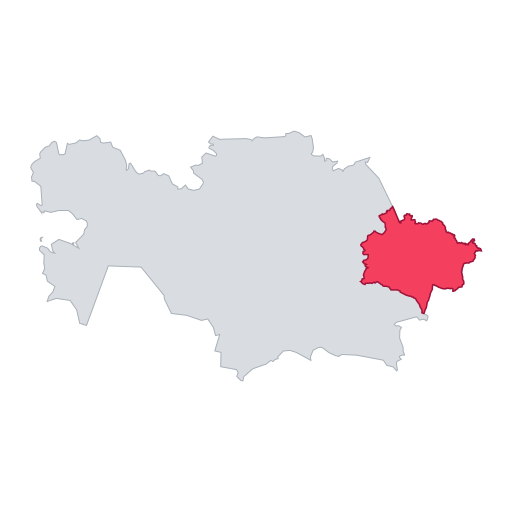 Kazakhstan, with East Kazakhstan highlighted
{"feature_id": "KAZ-3206", "entity_name": "East Kazakhstan", "entity_type": "Region", "adm_level": 1, "iso_a3": "KAZ", "parent_name": "Kazakhstan", "parent_adm1": "", "projection": "albers", "projection_center": [82.81, 48.617], "detail": "fine", "context": "in_parent", "style": "filled", "palette": "rose", "viewbox_px": 512, "rotation_deg": 0, "n_neighbors": 0, "source": "natural_earth", "source_scale": "10m", "svg_char_len": 9659}
<svg xmlns="http://www.w3.org/2000/svg" viewBox="0 0 512 512"><path d="M278.2,358.6L275.0,359.5L273.0,361.5L270.9,360.4L266.1,364.1L252.9,368.7L243.8,376.6L242.9,380.9L240.8,380.5L236.7,376.4L238.2,372.9L236.5,369.6L220.7,366.7L221.0,352.4L214.8,350.9L219.7,334.5L215.6,335.6L213.4,327.5L207.8,319.0L201.5,320.4L186.7,315.3L171.4,313.5L164.6,299.5L163.9,295.2L141.1,267.1L108.3,265.9L86.5,325.4L79.7,323.3L76.7,309.9L70.2,300.5L56.3,298.4L47.1,301.5L48.9,296.2L52.9,291.8L54.9,286.4L47.4,281.2L46.1,275.2L42.5,273.4L44.7,268.5L43.8,263.1L44.2,254.9L39.5,250.3L39.6,247.8L41.0,246.1L42.5,246.0L47.6,248.2L50.3,251.8L54.7,253.2L52.6,250.6L51.4,244.3L58.9,239.4L70.5,243.5L78.8,248.3L75.6,242.5L83.7,234.2L84.7,229.4L87.2,226.7L87.3,223.3L86.3,221.0L81.8,218.5L76.9,219.5L72.6,213.9L68.5,210.5L58.7,210.5L50.9,212.4L44.5,210.9L43.9,212.7L43.2,211.9L42.0,212.3L41.9,213.2L36.9,206.4L36.5,204.6L37.2,203.3L40.9,205.6L42.2,204.9L40.8,186.3L34.4,181.3L32.0,181.3L31.5,177.1L33.4,172.5L30.7,167.7L31.5,164.9L34.2,161.8L40.3,158.2L39.7,153.7L40.9,151.7L45.4,147.1L49.1,146.1L52.0,142.3L54.7,141.2L56.5,142.6L58.8,153.7L59.6,154.6L63.6,154.7L65.1,153.7L67.4,143.3L69.1,144.4L76.1,142.9L79.5,140.0L83.0,140.8L89.2,140.0L96.8,135.7L99.9,138.6L100.5,142.1L103.2,143.1L110.7,142.1L112.7,147.2L120.3,150.3L125.6,160.6L126.8,166.0L126.1,169.3L126.6,170.4L128.4,168.8L129.1,163.8L130.5,163.1L135.7,171.5L138.5,174.1L143.1,173.3L144.8,171.6L149.4,170.0L150.5,171.1L155.0,171.1L158.4,175.6L160.8,175.7L163.6,173.6L168.8,175.9L172.3,183.8L177.8,186.9L177.9,189.2L181.4,188.7L185.4,185.0L188.3,189.0L193.9,190.4L199.4,189.0L203.2,183.5L203.3,181.8L201.9,179.3L193.6,173.1L193.4,170.8L190.6,167.1L195.6,165.1L198.2,165.4L202.4,163.3L201.8,157.1L206.0,153.0L215.2,156.1L216.6,155.4L216.4,153.5L213.4,150.5L209.1,148.2L208.9,147.3L210.1,145.6L213.5,145.2L213.2,144.1L210.8,144.0L208.5,142.0L212.9,136.2L219.4,139.3L246.2,138.6L250.9,139.5L252.2,140.8L254.4,138.2L257.2,136.9L264.6,137.9L284.7,136.6L285.8,135.5L285.8,133.6L289.0,133.4L294.0,131.1L299.0,132.6L305.1,137.0L311.0,135.5L312.2,138.8L313.5,148.2L312.6,152.1L311.3,153.7L311.6,154.6L313.9,155.9L320.7,156.1L322.9,154.3L324.4,158.0L324.6,161.2L326.1,160.5L326.1,158.8L326.8,158.2L329.7,159.0L332.6,162.0L337.6,161.1L337.0,163.0L332.8,166.4L332.3,168.2L333.3,170.9L338.3,168.5L341.8,169.7L343.0,171.4L344.4,168.8L348.6,166.1L352.7,165.4L354.4,164.2L355.2,162.2L369.9,157.4L367.6,162.4L365.3,162.1L365.7,164.3L378.9,178.3L394.2,209.9L399.3,222.5L404.2,219.7L404.6,215.6L407.8,213.8L412.0,215.7L411.3,219.5L414.7,219.8L415.5,223.5L426.7,223.9L429.7,221.0L436.2,219.3L442.6,223.0L446.9,232.2L454.4,235.1L454.6,238.0L457.3,242.7L468.0,244.3L473.3,239.2L474.0,240.6L473.0,243.0L475.1,244.2L477.4,247.5L480.1,248.6L481.3,250.8L475.5,251.7L474.7,253.7L474.8,257.9L473.0,260.9L463.9,263.8L461.7,272.0L463.6,283.4L461.7,286.7L458.8,287.3L453.6,291.0L452.1,288.6L444.4,288.8L432.8,285.2L424.2,312.7L424.3,314.0L427.8,315.6L427.9,317.9L426.7,320.8L423.6,319.2L419.6,320.1L416.6,316.8L396.5,322.3L394.2,324.3L395.6,325.8L398.8,325.8L401.5,327.5L399.9,330.2L399.6,338.1L403.1,347.4L403.2,351.8L404.6,354.4L404.1,355.4L402.4,354.9L399.5,356.3L399.4,357.4L401.3,359.2L396.9,361.5L396.4,363.4L397.4,370.1L396.7,370.9L393.1,366.9L386.9,365.4L383.3,360.2L356.3,355.1L341.7,354.5L338.9,356.4L335.6,355.7L328.9,352.6L321.7,347.2L318.3,347.6L313.0,350.3L310.4,357.1L310.9,360.4L296.3,352.4L289.9,350.4L283.4,351.0L277.7,356.9L278.2,358.6ZM41.6,241.2L40.5,241.2L40.1,239.0L41.2,237.4L42.4,237.3L40.7,239.0L41.6,241.2ZM73.5,244.6L72.6,244.0L72.4,243.0L73.9,242.8L73.5,244.6Z" fill="#d9dde1" stroke="#a8b0b8" stroke-width="1"/><path d="M481.3,250.8L478.9,250.2L477.3,250.9L476.3,250.7L476.0,250.7L475.8,251.0L475.6,251.6L475.4,251.9L474.8,252.5L474.5,253.2L474.5,253.4L474.6,254.2L474.9,254.7L475.3,255.1L475.5,255.4L474.9,256.4L475.1,257.5L475.1,257.8L474.3,259.0L473.6,259.8L473.2,260.9L473.0,261.1L471.7,261.7L470.6,261.7L470.3,261.8L469.6,262.6L469.0,263.0L466.9,262.9L464.3,263.4L463.9,263.7L463.6,264.2L462.2,268.1L462.0,270.0L461.9,270.6L461.6,271.5L461.5,271.9L462.7,277.0L462.7,277.6L462.5,278.7L462.6,279.3L462.8,279.8L463.7,281.1L463.8,281.5L463.7,282.1L463.8,282.7L463.9,283.0L463.7,284.2L463.5,284.4L463.0,284.4L462.5,284.7L462.4,285.0L462.3,285.6L462.1,286.1L461.9,286.9L461.1,286.9L459.6,287.2L458.9,287.2L458.7,287.2L458.3,287.6L458.0,288.1L457.8,288.4L457.0,289.0L456.6,289.4L455.8,289.7L455.6,289.9L455.4,290.5L455.1,290.6L454.2,290.9L453.4,291.2L453.0,291.3L452.8,291.2L452.7,291.0L453.1,290.1L453.1,289.5L452.9,289.0L452.5,288.6L452.1,288.4L451.5,288.4L450.4,288.7L449.9,288.6L449.2,288.3L447.4,288.2L446.1,288.4L445.4,288.8L445.1,288.9L444.2,288.7L443.1,288.8L438.6,287.2L436.6,285.9L436.1,285.6L435.0,285.4L434.2,284.7L433.9,284.6L433.3,284.6L432.7,284.8L432.6,285.0L432.6,285.7L432.4,286.5L432.5,287.0L432.3,288.2L432.4,288.8L432.3,289.4L430.5,293.0L429.5,297.2L429.0,298.2L428.8,299.4L428.6,300.0L427.8,301.3L427.3,302.3L427.0,303.4L426.7,305.8L426.3,307.4L426.2,307.9L425.8,308.7L424.9,310.3L424.5,312.0L424.1,312.9L424.0,313.4L423.7,313.5L421.9,312.8L422.1,311.0L421.5,309.0L420.3,307.3L419.4,304.5L416.3,300.2L415.8,298.8L413.6,297.8L413.5,297.3L413.1,297.0L411.8,297.0L411.4,296.6L410.7,296.1L409.3,296.1L406.1,295.1L401.0,292.5L400.1,291.9L400.1,291.1L397.2,289.9L391.0,289.9L388.9,286.9L385.9,286.2L384.7,286.3L383.0,286.0L382.3,284.8L381.2,284.5L380.3,283.6L377.1,281.6L375.0,283.0L374.3,282.2L373.2,282.6L372.0,283.4L369.7,282.9L368.8,283.3L365.7,283.2L365.0,284.5L362.6,283.6L361.2,281.9L360.6,281.5L361.2,281.2L361.7,280.6L362.0,279.6L362.1,279.0L364.2,278.5L363.9,276.4L363.7,275.5L363.4,275.1L364.8,271.1L365.7,269.9L366.2,268.4L367.9,267.7L366.5,267.0L365.2,266.1L365.1,264.8L366.2,264.4L365.2,263.9L364.1,263.7L363.8,263.0L363.0,262.4L362.7,261.9L363.3,261.5L363.5,260.7L363.9,260.2L365.2,260.2L366.7,259.4L367.8,258.3L368.0,257.4L368.2,256.5L368.2,254.7L366.4,254.5L363.8,254.6L362.9,253.6L363.1,251.5L364.2,251.1L365.0,250.4L363.5,248.9L363.5,248.2L362.5,246.9L361.3,246.1L360.7,244.9L362.4,242.6L364.8,241.8L367.1,240.3L367.5,238.5L367.6,237.6L367.6,236.3L367.7,235.9L368.3,235.4L369.3,235.2L370.6,234.6L373.3,232.4L374.0,231.1L375.0,231.1L376.3,232.4L378.7,233.5L382.1,234.6L384.4,232.5L385.5,230.8L386.2,229.3L385.7,227.6L385.2,227.2L385.3,225.5L385.1,223.1L382.3,221.1L381.3,219.8L381.0,219.8L380.8,219.7L380.5,218.7L380.4,218.5L380.1,218.3L380.1,217.6L379.9,217.4L379.4,217.1L379.5,216.8L379.2,216.3L379.1,216.0L379.4,215.9L379.5,215.7L380.1,215.2L380.5,215.3L381.7,214.6L382.0,214.1L382.5,213.9L382.8,214.4L383.4,214.3L386.4,212.9L386.9,212.4L387.1,211.7L386.6,211.5L387.1,210.5L388.6,210.4L389.0,210.6L389.6,210.2L390.1,209.7L390.4,208.9L390.4,208.5L391.9,207.9L392.4,206.5L392.6,206.4L394.2,209.9L398.7,220.7L399.1,221.9L399.7,222.7L400.1,222.9L400.4,222.9L399.8,221.9L399.7,221.4L400.1,221.2L400.2,221.3L400.6,221.7L400.8,221.9L401.1,221.8L401.2,221.7L401.4,221.1L401.5,220.8L402.1,220.6L402.5,220.2L403.1,220.2L403.5,220.1L404.0,219.9L404.4,219.5L404.6,218.9L404.7,218.0L404.6,217.5L404.1,217.0L404.1,216.4L404.2,215.9L404.3,215.5L404.5,215.3L404.6,215.2L405.8,215.3L406.2,215.2L406.4,214.8L406.4,214.5L406.6,214.0L407.0,213.7L408.6,214.4L408.9,214.5L409.3,214.0L409.6,214.0L409.7,214.3L409.7,214.9L409.8,215.2L409.9,215.4L410.8,215.9L411.3,216.0L411.8,215.6L412.0,215.6L412.2,215.8L412.3,216.0L412.2,216.6L411.4,218.4L411.0,219.7L411.1,219.9L411.6,220.1L412.2,220.1L413.5,219.7L414.8,219.7L414.8,220.4L415.0,220.9L415.5,221.9L415.1,222.7L415.0,223.1L415.1,223.5L415.4,223.7L417.8,223.7L418.0,223.5L418.3,223.0L418.5,222.8L418.8,222.8L419.2,223.1L419.4,223.2L420.2,223.0L420.7,223.1L421.2,223.3L422.4,224.2L422.9,224.3L423.5,224.2L424.1,223.6L424.5,223.7L424.9,223.4L425.3,223.6L425.8,223.5L426.0,223.6L426.5,224.1L428.0,223.2L428.7,222.8L429.0,222.4L429.0,221.2L429.3,220.9L429.7,220.8L430.6,221.1L432.0,221.2L432.5,221.0L432.9,220.6L433.2,220.0L433.4,219.3L433.8,219.3L434.2,219.4L435.8,219.1L437.0,219.3L437.3,219.8L437.7,220.1L438.9,220.3L439.2,220.4L440.1,221.2L440.8,221.2L441.2,221.4L441.4,221.6L441.9,222.3L442.4,222.5L442.7,222.9L442.7,224.0L443.0,224.5L444.4,225.5L444.7,226.0L444.9,226.8L445.3,227.2L445.4,227.5L445.5,227.8L445.3,228.7L445.4,229.3L446.0,230.4L446.0,231.5L446.1,231.8L446.7,232.1L447.0,232.6L447.5,232.6L448.2,232.1L448.6,232.3L449.0,232.7L449.3,233.0L449.7,233.0L450.5,233.0L451.0,233.6L451.4,233.8L452.0,233.8L452.6,234.7L452.7,234.8L453.3,234.5L453.5,234.5L454.2,234.8L454.4,235.0L454.8,235.8L454.8,236.0L454.0,236.3L454.0,237.3L454.1,237.8L454.3,238.0L455.0,238.1L455.2,238.3L455.4,238.7L455.6,239.6L455.7,239.9L456.5,240.7L456.8,241.2L456.9,242.5L457.2,243.0L457.7,243.3L458.1,243.1L458.6,242.8L459.0,242.6L459.3,242.7L459.8,243.1L460.1,243.2L460.7,243.0L461.4,242.5L461.6,242.5L461.8,242.7L461.9,243.2L462.1,243.4L462.3,243.5L462.9,243.2L463.1,243.2L463.3,243.3L463.7,243.8L463.8,243.8L464.6,243.3L465.3,243.4L465.2,244.5L465.4,244.7L465.6,244.8L465.8,244.7L466.3,244.1L466.8,243.9L467.2,244.0L467.6,244.4L468.0,244.9L468.4,244.3L469.0,242.8L469.6,242.3L470.3,242.0L471.0,241.3L471.2,241.2L471.3,240.9L471.1,240.5L471.7,240.2L471.9,239.9L472.1,239.9L472.4,239.6L472.4,239.2L472.6,239.0L473.0,239.0L473.4,239.2L474.2,239.1L474.3,239.2L474.3,239.4L474.1,239.9L474.1,240.1L474.5,240.6L474.1,241.0L473.4,241.2L473.1,241.4L472.6,242.3L472.6,242.6L472.7,242.8L472.9,243.1L473.2,243.2L473.9,243.1L474.2,243.1L475.2,243.8L475.2,244.4L475.2,244.8L475.4,245.1L476.6,245.8L476.4,246.1L476.3,246.5L477.6,247.6L477.6,248.0L477.9,248.3L478.3,248.3L479.3,248.2L479.6,248.3L480.6,248.8L480.8,249.1L481.1,250.3L481.3,250.8Z" fill="#f43f5e" stroke="#9f1239" stroke-width="1.5"/></svg>